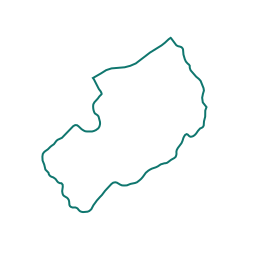 the border of Yamagata, rotated 38°
{"feature_id": "JPN-1868", "entity_name": "Yamagata", "entity_type": "Prefecture", "adm_level": 1, "iso_a3": "JPN", "parent_name": "Japan", "parent_adm1": "", "projection": "albers", "projection_center": [140.093, 38.419], "detail": "fine", "context": "isolated", "style": "outline", "palette": "teal", "viewbox_px": 256, "rotation_deg": 38, "n_neighbors": 0, "source": "natural_earth", "source_scale": "10m", "svg_char_len": 2263}
<svg xmlns="http://www.w3.org/2000/svg" viewBox="0 0 256 256"><g transform="rotate(38 128 128)"><path d="M69.6,110.2L73.1,101.6L75.2,95.8L78.3,91.2L88.0,82.2L91.5,77.6L94.4,72.3L98.9,55.0L103.6,42.2L104.6,38.1L105.4,33.0L106.1,30.7L106.6,30.7L115.0,33.0L116.2,32.9L117.4,32.6L118.5,32.0L120.4,31.4L121.7,31.6L122.9,32.1L126.5,36.0L130.4,38.8L132.7,40.0L135.4,40.5L137.0,40.5L138.4,41.0L139.1,42.0L140.2,43.0L141.9,44.0L150.1,45.6L153.7,45.7L156.3,46.2L163.0,50.1L164.8,51.8L166.1,55.1L167.8,58.5L171.2,61.8L177.0,63.2L178.1,66.6L181.8,71.5L183.8,76.0L186.1,79.4L186.4,80.8L186.2,81.9L185.4,83.5L185.1,84.0L184.9,87.1L185.1,90.5L184.9,92.5L184.4,94.2L183.5,95.6L182.5,96.5L181.0,96.7L179.2,96.4L178.0,96.7L177.3,98.2L177.4,99.9L177.7,101.5L178.9,104.7L179.5,107.1L179.6,113.1L180.0,115.4L180.8,117.0L181.8,118.1L182.6,119.3L183.3,121.3L183.0,123.1L181.6,126.4L180.3,131.2L179.4,132.5L178.4,133.4L176.2,136.5L175.1,139.9L174.1,141.9L171.9,145.2L171.0,147.1L170.3,149.0L169.6,152.3L169.8,157.4L169.7,159.8L169.3,162.0L168.5,165.2L167.4,167.0L164.4,170.5L162.5,173.8L160.6,175.5L158.6,176.9L156.8,177.4L152.9,177.9L151.4,178.6L150.0,180.2L149.4,182.3L148.6,191.5L148.7,196.9L148.4,199.6L148.1,204.4L148.3,210.2L149.1,214.6L148.6,217.2L147.7,218.8L144.4,221.9L143.5,222.4L142.6,222.8L141.3,223.1L140.1,223.0L139.0,222.8L137.9,222.5L136.7,222.6L135.3,223.1L133.4,224.7L131.8,225.3L130.4,225.3L129.2,224.7L126.8,222.1L125.6,221.2L124.3,220.7L122.9,220.5L119.7,220.9L118.8,220.9L117.8,220.6L116.6,219.8L115.0,218.3L112.8,214.5L111.4,212.9L109.6,212.5L108.3,213.4L106.7,213.8L105.4,213.7L102.3,212.8L99.6,212.9L97.5,213.6L95.7,213.7L94.1,213.2L92.9,212.2L88.5,211.6L84.5,208.4L80.7,206.2L78.2,203.3L76.9,201.0L76.7,199.1L77.0,197.3L78.0,194.1L78.4,190.7L78.7,189.3L79.6,186.4L79.5,182.3L79.8,180.7L82.0,176.4L83.7,160.2L84.6,158.2L86.1,157.2L87.8,157.1L92.1,157.5L94.5,157.3L96.3,156.9L97.8,156.0L101.8,152.9L103.0,151.3L104.0,149.4L104.8,146.6L104.6,144.5L103.8,142.6L103.1,141.5L102.1,140.4L97.6,137.0L96.1,136.7L92.9,136.9L91.4,136.2L89.8,135.1L88.4,133.8L87.1,132.3L86.1,130.7L85.7,128.4L86.1,123.3L86.0,121.1L86.1,119.6L86.3,118.4L86.3,117.4L85.4,116.7L84.0,116.0L81.0,115.2L71.1,110.6L69.6,110.2L69.6,110.2Z" fill="none" stroke="#0f766e" stroke-width="2"/></g></svg>